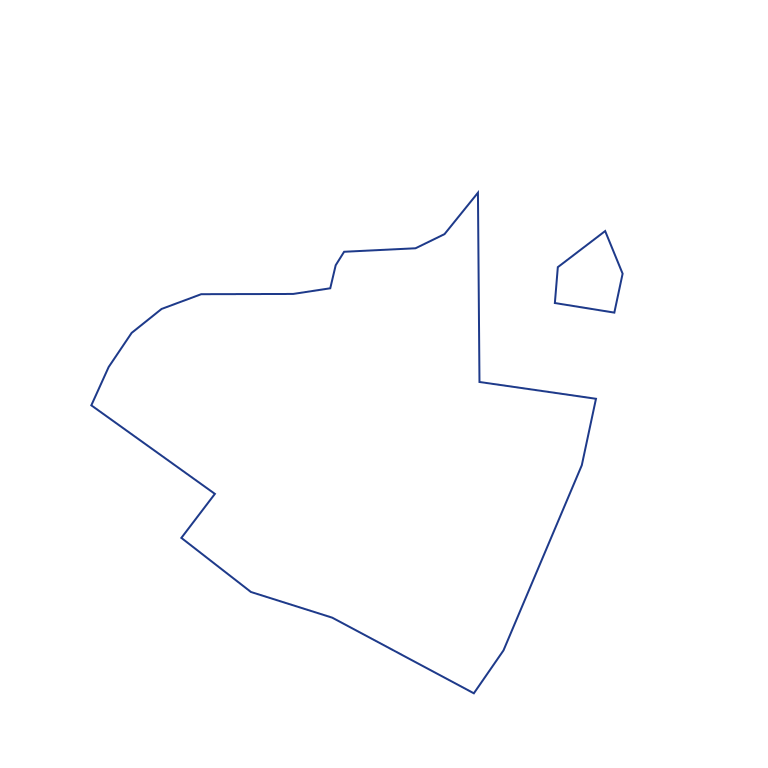 SVG path tracing the border of A'ana, rotated 122°
{"feature_id": "WSM-4985", "entity_name": "A'ana", "entity_type": "state/province", "adm_level": 1, "iso_a3": "WSM", "parent_name": "Samoa", "parent_adm1": "", "projection": "mercator", "projection_center": [-171.958, -13.906], "detail": "fine", "context": "isolated", "style": "outline", "palette": "blue", "viewbox_px": 768, "rotation_deg": 122, "n_neighbors": 0, "source": "natural_earth", "source_scale": "10m", "svg_char_len": 503}
<svg xmlns="http://www.w3.org/2000/svg" viewBox="0 0 768 768"><g transform="rotate(122 384 384)"><path d="M284.2,196.4L348.1,173.2L546.6,141.5L598.7,143.9L609.6,304.1L630.9,386.6L621.9,474.3L566.8,469.2L557.2,620.9L515.5,626.5L474.4,625.1L438.2,612.4L404.7,586.6L355.8,508.8L331.3,480.3L308.9,487.9L293.0,487.9L252.2,429.2L224.8,412.1L172.0,405.7L331.7,304.1L284.2,196.4ZM137.1,277.5L164.0,240.1L201.4,226.5L224.8,282.0L192.8,298.5L137.1,277.5Z" fill="none" stroke="#1e3a8a" stroke-width="2"/></g></svg>